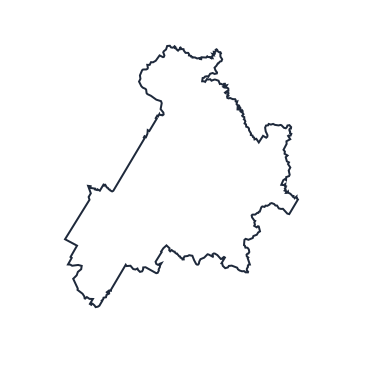 outline of Wollondilly, New South Wales, Australia, rotated 111°
{"feature_id": "25037944B50548000085953", "entity_name": "Wollondilly", "entity_type": "district", "adm_level": 2, "iso_a3": "AUS", "parent_name": "Australia", "parent_adm1": "New South Wales", "projection": "robinson", "projection_center": [150.422, -34.07], "detail": "fine", "context": "isolated", "style": "outline", "palette": "slate", "viewbox_px": 384, "rotation_deg": 111, "n_neighbors": 0, "source": "geoboundaries", "source_scale": "gbopen_adm2", "svg_char_len": 5981}
<svg xmlns="http://www.w3.org/2000/svg" viewBox="0 0 384 384"><g transform="rotate(111 192 192)"><path d="M104.0,120.2L102.1,120.1L101.9,121.6L100.1,122.2L99.9,123.0L98.7,123.5L97.6,123.2L97.3,122.4L95.9,122.7L94.7,125.0L95.7,126.7L97.6,126.7L98.9,127.3L99.1,129.2L97.6,132.4L97.7,133.5L98.8,135.0L99.6,138.6L99.4,140.7L100.8,142.5L101.0,144.8L102.5,144.9L103.4,146.7L105.7,146.8L109.0,144.9L111.9,141.9L113.4,141.5L114.7,142.2L114.1,145.8L121.8,147.4L119.3,151.0L120.5,152.5L118.9,153.5L118.9,154.7L117.6,155.7L117.7,157.5L116.2,157.9L114.0,160.8L112.2,161.7L111.5,163.2L111.6,164.8L109.5,165.8L109.2,167.5L107.0,167.5L106.0,168.4L105.6,169.6L104.8,169.4L103.3,170.1L103.3,171.8L102.8,172.5L100.9,171.8L100.0,173.0L99.7,174.3L98.9,173.5L98.2,173.8L97.7,174.6L98.9,175.3L99.0,175.9L96.2,176.9L95.8,177.6L96.7,178.2L98.3,178.1L98.6,179.1L96.1,179.9L95.0,178.5L94.4,179.1L94.5,181.1L94.0,181.9L91.3,182.2L91.9,182.8L91.8,183.7L90.6,184.1L89.9,184.9L90.7,187.3L90.6,190.1L91.5,191.4L91.5,192.7L90.4,193.4L89.1,192.5L88.7,193.8L87.1,193.2L86.4,193.5L85.9,194.8L87.7,196.1L87.4,196.8L85.5,195.7L84.4,194.3L82.4,195.2L82.1,196.2L82.9,199.4L82.6,200.5L81.8,199.9L81.6,198.1L79.9,197.8L81.1,199.5L79.2,200.1L79.5,200.9L80.8,201.6L80.6,203.8L81.2,204.7L78.6,207.1L78.7,210.4L79.0,211.4L81.1,213.7L80.2,215.3L81.3,217.4L81.1,218.5L84.5,219.2L84.3,220.2L85.0,222.2L81.8,222.9L81.0,221.7L79.5,221.1L78.5,219.4L78.7,218.1L75.1,217.4L73.5,215.3L73.7,213.3L72.4,211.3L71.4,211.5L70.1,213.6L67.9,215.5L65.3,214.4L62.7,214.0L62.6,213.5L60.3,212.7L59.3,211.4L57.3,211.4L55.4,214.0L53.0,215.0L52.2,214.6L51.3,215.6L51.8,216.8L51.4,218.3L50.2,219.5L50.0,220.3L50.7,220.8L51.2,220.2L52.6,220.4L53.2,221.8L53.7,221.3L54.5,221.5L54.2,220.6L54.7,220.2L55.2,220.5L55.2,221.2L55.7,221.1L55.8,222.2L56.8,220.7L57.2,221.7L58.6,221.9L59.4,221.1L59.4,221.6L60.0,221.6L59.8,222.0L60.2,222.7L59.5,223.5L60.3,225.4L59.9,226.4L61.4,227.0L62.8,231.4L64.7,231.0L65.0,232.4L64.2,232.9L65.5,235.1L65.3,237.5L66.3,239.7L65.7,240.0L65.9,241.5L65.3,241.8L65.6,243.8L64.5,244.0L63.5,245.4L64.4,247.9L62.9,250.3L61.7,251.1L62.3,252.9L61.2,254.5L61.6,254.9L63.3,254.5L64.2,255.7L65.0,255.8L64.4,257.6L63.6,258.1L63.8,259.3L62.6,259.5L62.2,260.5L63.7,261.1L64.3,262.1L64.5,263.5L63.4,265.1L64.6,267.5L68.2,267.3L70.8,268.8L71.9,268.9L74.4,266.7L75.9,266.7L76.5,267.4L76.1,271.2L82.5,272.9L84.9,274.9L85.5,276.8L88.5,277.1L89.3,279.3L91.9,277.7L92.9,277.7L93.9,278.5L95.2,281.6L96.2,282.2L101.8,282.4L104.8,280.7L107.9,281.0L111.4,277.2L112.2,275.4L112.4,272.4L112.9,271.5L116.0,269.8L116.6,268.7L116.9,264.8L118.6,258.4L118.3,253.5L119.9,252.1L125.9,251.0L128.1,247.2L129.8,246.3L130.9,246.9L130.8,247.7L131.2,248.0L131.5,250.0L131.0,250.4L133.6,250.8L133.2,251.8L136.0,252.3L136.2,251.2L150.4,253.7L150.1,255.5L153.5,254.5L157.2,254.6L156.9,256.3L158.4,256.5L158.6,255.5L219.1,265.9L220.1,266.8L219.8,269.0L219.2,269.7L219.3,270.7L218.3,272.1L218.3,273.2L216.3,275.6L216.6,276.2L217.5,276.4L217.0,277.3L223.8,278.5L223.4,281.3L224.2,281.4L224.4,283.6L223.6,283.8L224.6,288.3L222.9,288.7L223.5,291.2L229.5,286.0L233.7,286.7L236.0,284.9L281.6,293.6L283.3,280.1L296.2,282.1L296.6,280.7L304.1,281.8L303.4,279.6L303.8,277.5L300.9,272.1L300.5,268.5L303.8,267.8L307.5,269.9L311.1,269.8L315.6,271.8L323.0,264.1L324.4,263.8L326.2,257.7L328.1,255.1L329.8,254.1L329.8,253.5L327.8,252.5L328.5,249.4L327.4,246.2L333.1,247.2L333.4,245.7L332.0,245.5L331.9,245.0L332.8,242.4L334.0,240.7L332.8,238.8L331.3,237.7L325.9,236.8L325.7,237.3L324.1,236.5L322.4,236.7L321.1,234.6L318.7,234.9L316.5,233.0L315.9,233.5L316.3,235.2L316.1,235.6L314.3,234.5L315.3,233.5L313.4,233.5L313.2,232.3L312.1,232.6L283.7,227.8L284.6,226.6L282.9,223.0L285.0,219.2L284.6,217.0L283.0,215.5L284.2,214.3L285.2,211.9L283.9,210.1L282.0,209.9L279.9,210.5L278.9,208.4L280.6,196.3L279.8,195.1L277.2,194.8L276.2,195.4L273.6,195.1L272.1,195.5L269.3,195.0L270.9,196.7L272.0,197.0L272.2,197.8L271.9,199.6L270.2,201.0L259.0,198.8L258.7,199.5L254.8,198.6L251.0,196.7L252.6,192.8L254.5,192.4L255.2,191.1L253.5,190.2L254.2,187.7L253.9,186.8L254.7,186.0L255.2,184.2L254.9,183.9L256.6,180.9L256.5,179.9L257.4,179.3L257.5,177.6L258.4,176.7L257.9,175.6L256.8,176.2L254.8,175.9L253.3,173.1L252.0,172.0L251.4,168.8L254.9,165.6L257.7,162.4L258.0,161.2L257.6,160.3L256.4,159.9L254.3,160.3L251.7,160.0L248.9,157.1L244.6,155.2L244.4,154.1L245.0,149.4L244.3,149.4L243.7,150.3L242.9,150.5L241.7,149.8L241.3,148.7L241.8,145.7L244.2,141.1L243.4,139.6L242.8,139.9L241.2,138.9L241.4,137.8L248.0,138.9L247.9,138.2L249.9,136.8L251.2,133.7L249.6,131.5L247.8,131.1L246.5,128.5L246.5,122.7L247.7,121.4L248.2,119.5L248.1,116.9L247.2,115.0L247.8,113.2L247.0,111.0L246.4,111.0L245.4,112.8L243.9,113.3L241.9,112.9L241.1,113.4L239.6,113.2L239.0,112.0L233.8,116.3L233.0,116.0L232.4,117.8L231.0,118.6L229.7,118.1L229.3,117.3L227.5,117.0L225.5,118.2L224.5,119.4L224.2,120.7L224.8,122.2L223.2,123.4L223.0,124.4L217.9,125.9L216.5,125.1L216.4,122.2L213.2,118.8L211.1,118.9L208.7,116.2L206.0,115.7L204.4,114.4L200.3,117.3L200.3,118.1L201.8,118.9L201.3,121.8L199.8,121.6L198.1,122.9L196.4,122.6L196.3,123.6L194.2,126.8L192.5,127.9L191.5,127.5L190.4,124.9L188.0,123.5L187.7,122.6L186.4,122.4L186.0,121.7L181.5,121.8L180.3,121.2L179.9,118.9L178.4,118.5L177.9,116.7L175.9,115.1L174.8,114.9L173.8,113.6L173.8,111.0L174.7,109.3L174.2,107.7L176.2,105.1L175.9,102.8L175.1,101.1L178.0,95.3L177.8,93.3L161.0,90.4L160.5,91.7L159.8,92.0L159.8,92.7L159.0,92.9L161.0,94.0L160.4,94.6L160.3,95.9L159.4,96.0L159.7,96.9L158.4,99.5L158.2,102.0L157.3,102.5L158.8,103.0L159.2,104.0L157.6,103.8L157.5,105.9L156.4,105.4L155.6,106.5L154.4,106.1L153.8,106.8L152.9,106.4L152.7,107.5L151.2,107.8L152.7,108.8L153.3,111.2L148.2,111.0L146.7,109.9L147.1,108.5L144.3,109.4L142.4,107.1L140.9,107.0L137.3,109.4L133.9,109.0L131.5,112.4L129.6,112.1L129.4,114.4L125.9,117.0L123.7,115.9L123.1,119.3L120.9,119.8L119.8,121.7L113.2,120.9L110.8,122.0L107.5,119.2L105.2,122.4L104.6,122.0L104.0,120.2Z" fill="none" stroke="#1e293b" stroke-width="2"/></g></svg>